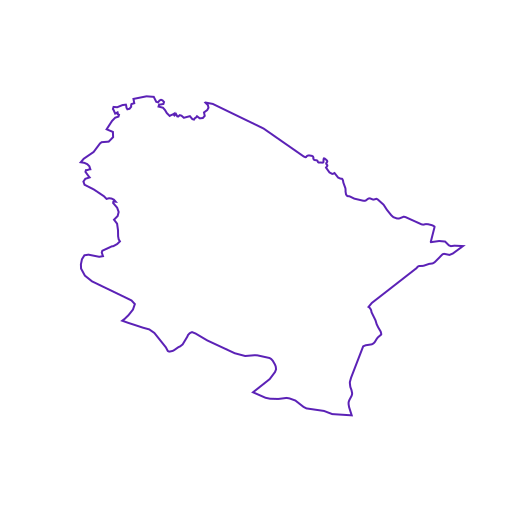 an SVG outline of Alta Verapaz, rotated 17°
{"feature_id": "GTM-1948", "entity_name": "Alta Verapaz", "entity_type": "Department", "adm_level": 1, "iso_a3": "GTM", "parent_name": "Guatemala", "parent_adm1": "", "projection": "albers", "projection_center": [-90.124, 15.617], "detail": "fine", "context": "isolated", "style": "outline", "palette": "violet", "viewbox_px": 512, "rotation_deg": 17, "n_neighbors": 0, "source": "natural_earth", "source_scale": "10m", "svg_char_len": 4333}
<svg xmlns="http://www.w3.org/2000/svg" viewBox="0 0 512 512"><g transform="rotate(17 256 256)"><path d="M162.7,124.1L162.8,124.0L170.2,123.2L226.0,131.9L272.6,146.9L274.4,147.1L274.9,146.8L274.9,146.7L275.1,146.4L275.3,145.8L276.0,145.0L277.2,144.3L280.2,143.9L281.4,144.2L282.1,145.0L282.3,146.0L283.1,146.9L284.1,147.1L285.6,146.8L286.4,146.8L286.8,146.9L287.9,148.1L288.5,148.3L289.3,148.1L290.1,147.8L292.3,147.3L292.8,147.0L293.0,146.8L293.0,146.7L293.0,146.4L292.9,145.9L292.3,143.6L292.4,142.8L292.9,142.7L293.4,142.8L295.5,143.7L296.1,144.1L296.5,144.6L296.5,145.3L296.3,145.9L296.2,146.5L296.0,146.8L296.4,147.5L297.2,148.0L297.7,148.4L297.8,149.0L297.1,151.0L301.8,154.6L304.9,155.2L305.6,154.9L306.8,153.7L311.6,157.0L314.1,157.3L315.7,157.0L316.3,157.4L317.2,158.5L318.1,160.3L321.7,165.1L322.4,166.8L322.8,168.2L324.1,170.8L325.1,171.6L326.0,172.0L326.8,171.8L327.8,171.6L328.9,171.7L333.2,172.4L342.4,171.8L343.9,171.4L344.4,171.1L344.7,170.9L345.0,170.5L346.2,168.8L346.7,168.3L347.2,167.9L347.9,167.6L348.7,167.6L351.1,167.8L351.9,167.7L353.4,166.8L354.4,166.1L355.2,166.2L356.0,166.4L362.5,169.4L363.2,169.8L367.6,173.5L373.3,177.4L374.9,178.2L376.1,178.7L379.8,178.9L381.3,178.5L382.0,178.2L382.6,177.8L385.8,175.2L387.7,175.1L404.7,177.3L405.7,177.3L406.6,177.1L407.3,176.9L407.9,176.5L408.5,176.1L409.7,175.7L411.3,175.3L415.1,175.1L416.9,175.3L418.1,175.7L418.3,176.4L419.0,191.3L419.2,191.6L419.5,191.5L426.8,188.1L432.6,186.9L437.3,189.4L439.5,189.6L442.8,188.1L451.0,186.0L443.5,196.1L440.7,198.4L435.4,198.9L434.4,199.4L433.8,200.0L432.4,202.6L432.1,203.3L428.8,209.5L427.7,210.9L426.8,211.6L423.9,212.9L419.3,216.2L417.9,216.9L415.1,217.8L414.3,218.4L413.7,219.1L413.1,220.6L395.9,245.1L380.5,267.0L378.5,271.8L379.3,272.0L380.5,272.8L381.0,273.2L381.6,273.8L382.0,274.3L383.0,276.1L389.1,282.6L391.3,285.9L393.7,288.5L397.3,291.8L398.3,293.4L398.7,294.5L396.4,298.1L396.1,298.8L395.6,300.2L394.8,303.4L394.2,304.7L393.8,305.3L393.3,305.9L392.8,306.4L392.2,306.8L387.0,309.3L385.4,310.6L384.9,311.1L382.5,344.6L382.6,348.8L382.8,349.8L384.0,352.6L384.6,353.8L386.5,356.3L388.0,359.0L388.3,360.2L388.3,361.7L387.4,366.4L387.3,368.0L387.4,369.2L387.9,370.7L389.2,373.3L394.1,380.4L375.1,384.9L366.3,384.3L348.8,387.0L345.5,386.4L335.9,382.7L329.6,382.4L326.7,382.8L319.1,386.2L311.1,388.4L306.5,388.8L293.0,387.2L305.1,369.7L308.1,361.4L308.3,358.5L307.7,357.1L307.1,355.8L305.8,354.2L302.7,351.3L300.7,350.1L299.6,349.8L298.7,349.6L286.4,350.6L283.9,351.2L274.9,354.8L264.1,355.2L234.1,351.0L220.9,347.8L217.1,347.5L216.0,348.4L215.5,348.9L215.1,349.4L214.4,350.8L214.1,351.4L213.9,353.2L211.7,362.0L209.8,364.7L208.5,365.8L205.2,370.0L204.1,371.1L201.3,372.7L200.2,372.8L199.4,372.6L196.5,369.7L181.3,359.3L175.4,357.4L168.9,357.6L159.7,357.4L153.4,357.3L147.0,357.0L148.8,354.5L151.4,349.8L154.0,343.2L154.2,337.4L149.9,334.9L106.6,328.2L98.1,324.8L92.4,319.2L91.0,315.2L90.5,310.0L91.7,305.5L95.4,303.7L106.3,302.6L109.7,300.9L107.5,297.8L107.5,295.9L115.2,289.0L116.7,288.3L119.7,285.2L121.6,281.8L119.8,280.2L118.4,277.5L116.5,271.7L113.7,265.7L109.6,262.8L112.0,258.2L111.8,254.1L109.1,250.4L103.9,247.1L103.7,245.7L104.1,245.3L104.9,245.3L105.9,245.1L103.7,243.7L101.1,243.3L98.6,243.7L96.4,245.1L93.1,243.3L81.5,239.8L71.2,238.0L69.2,235.3L70.2,232.1L73.9,229.5L72.4,228.5L68.3,225.4L68.3,223.6L69.7,223.1L70.9,222.1L72.2,221.5L70.4,218.9L67.8,217.5L64.6,217.1L61.0,217.6L62.8,213.4L70.3,204.0L73.9,194.0L75.1,192.3L81.7,189.7L84.6,184.1L82.9,179.2L76.1,178.5L78.8,169.0L80.9,164.9L83.7,162.9L83.7,161.0L82.2,160.8L82.0,160.5L82.1,159.9L81.6,159.1L79.7,161.0L77.3,158.2L76.2,157.3L76.2,155.1L79.8,154.3L84.2,150.7L87.3,149.3L87.9,150.2L88.8,152.1L90.1,153.3L92.0,152.2L93.0,149.8L92.5,148.3L92.5,147.1L94.9,145.5L92.9,141.6L104.6,135.3L111.7,133.7L115.5,137.7L117.4,137.7L118.3,135.5L119.5,134.4L121.1,134.5L123.0,135.6L123.0,137.7L121.8,138.3L120.4,139.1L119.1,139.5L119.1,141.6L123.7,141.4L126.4,143.1L128.9,145.4L132.5,147.3L133.3,146.4L135.1,144.9L136.3,143.6L136.7,145.4L137.0,145.5L137.4,144.6L138.0,143.6L139.9,145.5L140.8,145.4L141.9,143.6L143.7,143.6L146.6,144.9L151.9,141.6L155.1,143.7L156.8,143.7L157.2,142.2L158.2,141.0L158.7,139.6L162.0,140.8L164.8,139.6L166.0,137.0L164.3,133.9L166.7,130.7L167.2,128.1L165.9,125.8L162.7,124.1Z" fill="none" stroke="#5b21b6" stroke-width="2"/></g></svg>